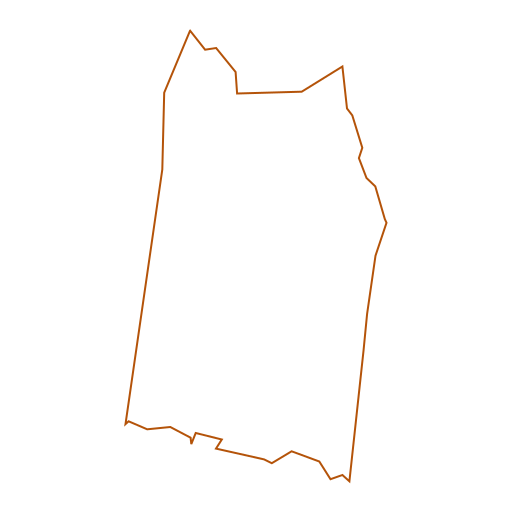 the district of Toombs, Georgia, United States of America
{"feature_id": "52423323B90214298110326", "entity_name": "Toombs", "entity_type": "district", "adm_level": 2, "iso_a3": "USA", "parent_name": "United States of America", "parent_adm1": "Georgia", "projection": "orthographic", "projection_center": [-82.313, 32.133], "detail": "fine", "context": "isolated", "style": "outline", "palette": "amber", "viewbox_px": 512, "rotation_deg": 0, "n_neighbors": 0, "source": "geoboundaries", "source_scale": "gbopen_adm2", "svg_char_len": 574}
<svg xmlns="http://www.w3.org/2000/svg" viewBox="0 0 512 512"><path d="M349.4,481.3L363.5,350.9L367.1,313.9L375.5,255.7L386.5,222.8L384.8,219.0L375.3,186.4L366.5,178.0L358.9,158.1L362.3,147.8L352.3,115.4L347.0,108.5L342.4,66.5L301.7,91.7L237.1,93.5L235.6,72.0L216.1,48.0L205.1,49.7L190.1,30.7L190.0,30.8L164.2,92.7L162.3,169.5L125.5,424.1L128.6,421.3L147.2,429.3L170.3,427.0L190.6,437.7L191.3,444.1L195.7,433.0L221.8,439.5L216.0,448.6L264.1,459.4L271.8,463.2L291.6,451.3L319.3,461.5L330.5,479.2L342.4,475.0L349.4,481.3Z" fill="none" stroke="#b45309" stroke-width="2"/></svg>